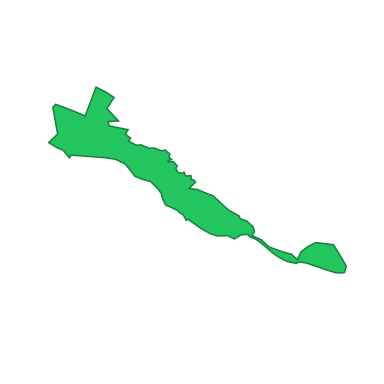 Bektemir, Tashkent, Uzbekistan (Natural Earth projection), rotated 246°
{"feature_id": "79887680B40109116454398", "entity_name": "Bektemir", "entity_type": "district", "adm_level": 2, "iso_a3": "UZB", "parent_name": "Uzbekistan", "parent_adm1": "Tashkent", "projection": "natural_earth1", "projection_center": [69.289, 41.186], "detail": "fine", "context": "isolated", "style": "filled", "palette": "green", "viewbox_px": 384, "rotation_deg": 246, "n_neighbors": 0, "source": "geoboundaries", "source_scale": "gbopen_adm2", "svg_char_len": 1548}
<svg xmlns="http://www.w3.org/2000/svg" viewBox="0 0 384 384"><g transform="rotate(246 192 192)"><path d="M131.9,211.6L132.9,219.8L130.6,225.5L126.8,227.1L123.6,230.6L119.3,233.3L113.3,236.3L107.0,239.3L102.7,241.3L96.2,245.5L89.9,250.6L87.7,253.4L84.4,258.3L84.4,261.7L80.6,267.6L73.0,275.8L66.2,283.0L59.9,290.3L57.4,295.1L56.4,298.6L61.4,302.8L71.2,301.8L86.3,299.8L95.5,284.5L95.0,275.6L93.1,267.4L87.4,260.8L94.9,257.4L97.4,254.1L104.0,246.6L110.8,239.8L120.0,236.0L127.6,229.2L130.3,232.9L135.3,233.7L143.1,230.3L147.9,225.2L150.9,225.3L152.6,224.1L160.2,218.3L166.2,215.6L180.0,209.7L182.8,206.7L192.1,197.8L196.4,191.0L199.6,199.2L202.3,198.5L203.8,196.4L207.4,197.7L209.1,192.7L213.4,192.8L212.9,190.9L215.9,186.9L220.2,187.0L221.7,189.2L227.7,187.2L228.7,183.4L230.0,182.5L230.2,186.6L233.0,185.0L235.5,187.2L241.5,184.5L241.5,181.8L243.8,179.0L247.5,175.5L249.3,170.8L255.9,164.5L257.2,160.4L262.2,156.3L264.4,154.9L266.4,157.8L272.0,154.4L274.9,159.0L286.3,143.0L290.5,144.1L286.7,153.8L302.8,148.2L310.0,159.2L317.8,154.4L326.8,147.0L304.9,125.3L314.5,116.4L327.6,103.1L325.9,99.3L299.6,92.8L295.4,81.2L287.6,86.5L282.6,91.2L273.1,93.8L274.8,96.7L258.1,127.6L253.0,135.4L245.0,142.2L238.5,144.1L229.5,146.3L223.9,151.7L218.3,158.5L213.6,160.3L209.1,162.1L202.8,163.3L198.8,162.5L194.3,162.4L190.5,162.8L186.8,166.3L181.2,171.2L178.0,172.3L174.9,174.6L171.2,175.0L168.4,175.2L168.9,177.1L164.7,179.6L154.9,185.4L146.8,191.4L141.8,196.8L139.7,201.5L137.7,206.7L131.9,211.6Z" fill="#22c55e" stroke="#15803d" stroke-width="1.5"/></g></svg>